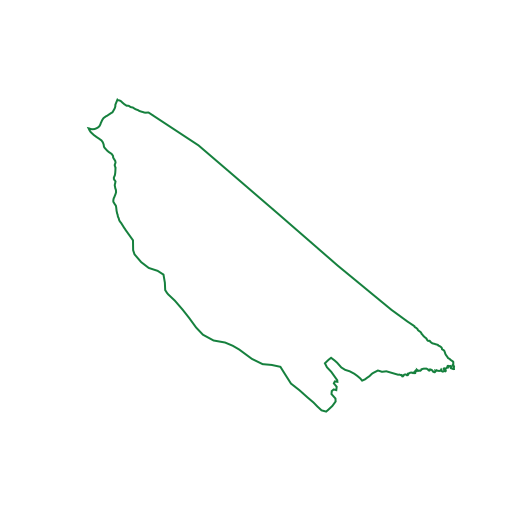 outline of Des Barras/Cacolie, Dauphin, Saint Lucia, rotated 54°
{"feature_id": "8701671B32853593869516", "entity_name": "Des Barras/Cacolie", "entity_type": "district", "adm_level": 2, "iso_a3": "LCA", "parent_name": "Saint Lucia", "parent_adm1": "Dauphin", "projection": "mercator", "projection_center": [-60.901, 14.018], "detail": "fine", "context": "isolated", "style": "outline", "palette": "green", "viewbox_px": 512, "rotation_deg": 54, "n_neighbors": 0, "source": "geoboundaries", "source_scale": "gbopen_adm2", "svg_char_len": 5981}
<svg xmlns="http://www.w3.org/2000/svg" viewBox="0 0 512 512"><g transform="rotate(54 256 256)"><path d="M54.3,316.4L56.5,316.8L58.4,316.9L59.8,316.7L61.7,316.3L62.4,316.2L63.8,315.8L64.8,315.4L65.4,315.3L68.1,314.3L69.4,313.8L70.6,313.5L70.8,313.4L71.5,313.1L72.5,313.1L73.9,313.1L75.1,313.4L76.4,313.8L77.3,314.3L77.9,314.6L78.5,314.8L79.1,314.9L80.3,314.8L82.2,314.6L83.2,314.5L83.6,314.4L85.3,314.0L87.4,313.2L88.6,312.8L89.6,312.8L90.5,312.8L91.1,312.9L91.5,313.1L92.0,313.5L92.6,313.7L93.3,313.8L94.0,313.9L94.6,313.8L95.5,314.0L96.3,314.0L96.7,314.2L97.2,314.4L97.5,314.5L97.9,314.8L98.2,315.2L98.6,315.8L99.3,316.8L100.0,317.2L100.3,317.2L100.9,317.4L101.5,317.7L102.2,317.8L102.8,318.5L103.3,318.8L104.3,319.6L105.4,320.5L106.2,321.2L107.0,322.0L107.5,322.5L107.9,323.0L108.0,323.2L109.0,324.9L109.8,325.4L110.1,325.7L110.5,325.7L111.5,325.9L111.9,325.8L112.7,325.8L113.2,325.9L113.8,326.6L114.5,327.3L114.7,327.6L115.3,328.3L115.9,328.8L116.8,329.2L118.9,330.2L119.3,330.2L119.8,330.4L120.4,330.6L121.4,331.3L122.0,331.6L122.3,331.9L123.2,333.1L123.3,333.2L124.3,334.8L125.2,336.2L125.7,337.2L126.5,338.1L127.2,338.8L127.8,339.2L128.2,339.5L128.7,339.6L130.2,339.7L131.0,339.8L132.1,339.8L132.9,339.8L134.0,340.3L134.6,340.6L137.6,342.3L139.0,342.9L140.1,343.4L141.3,343.7L142.2,344.2L143.1,344.6L144.8,344.9L146.0,345.4L147.0,345.7L148.3,345.8L150.2,345.7L151.4,345.8L152.9,345.9L154.5,346.0L155.1,346.1L156.0,346.1L157.3,346.1L157.9,346.2L171.0,346.3L179.1,352.0L183.2,353.3L183.4,353.3L193.5,352.5L202.6,349.8L210.2,344.3L216.7,341.8L224.0,345.4L230.2,349.5L233.4,349.7L235.4,349.6L244.5,347.9L256.5,346.9L267.0,346.5L278.4,346.5L280.2,346.3L288.5,345.2L299.4,340.0L307.8,331.9L314.9,327.6L321.7,324.6L336.8,319.8L347.4,314.2L353.3,307.4L360.0,301.4L368.6,302.0L379.8,302.7L389.9,299.8L400.5,297.5L408.3,295.6L413.9,294.8L419.4,293.7L423.1,290.7L422.9,288.0L422.2,282.4L420.5,277.1L418.0,275.5L412.1,276.1L409.8,274.1L409.6,271.6L411.7,269.9L409.2,267.6L404.8,267.9L403.8,265.9L405.6,264.1L404.3,263.3L394.0,263.2L387.7,264.0L383.3,263.3L382.6,258.2L382.5,255.1L386.8,253.8L390.0,253.1L396.3,252.5L400.5,250.8L404.3,248.0L409.0,245.7L412.7,244.5L416.4,243.6L419.2,243.4L419.9,240.2L419.8,238.2L419.9,234.9L419.4,231.4L419.5,229.8L420.3,224.7L422.4,223.1L423.7,222.2L424.9,220.1L425.9,218.3L426.3,218.0L435.6,210.8L436.3,209.6L437.2,209.1L437.7,208.7L437.7,208.3L438.0,208.1L438.4,208.4L438.6,208.4L439.4,208.4L439.7,207.9L439.6,207.2L439.4,206.8L439.2,206.4L439.2,205.7L439.5,205.1L439.9,204.4L440.6,204.1L441.2,204.0L441.6,203.3L441.5,202.8L440.9,202.5L440.5,202.2L440.5,201.9L441.0,201.2L441.0,200.0L441.2,199.6L441.6,198.8L441.8,198.6L442.5,198.3L442.5,197.9L442.7,197.5L443.1,197.3L443.5,197.2L443.8,196.9L443.9,196.5L444.3,196.0L444.2,195.8L443.0,195.8L443.0,195.2L442.7,194.9L442.8,194.5L442.6,194.2L443.2,194.0L443.7,193.6L443.6,192.9L443.0,192.6L443.4,192.5L444.0,192.3L444.4,192.1L444.5,191.4L445.3,190.8L445.4,190.5L445.4,189.9L445.3,189.2L444.9,188.7L445.5,187.1L445.9,186.2L446.6,185.4L447.0,184.6L447.5,184.2L448.4,183.8L449.0,183.6L449.8,183.6L450.5,183.3L450.7,183.0L450.6,182.4L449.9,182.3L450.0,181.9L450.4,181.5L451.2,181.0L451.9,180.7L452.9,180.7L453.4,180.8L453.5,180.7L453.8,180.4L454.1,180.4L454.5,180.3L454.9,180.0L455.1,179.7L455.0,179.0L454.6,178.4L454.1,178.2L454.6,177.8L454.9,177.4L454.7,177.0L455.3,176.7L456.0,176.1L456.9,175.0L457.1,174.6L457.0,173.5L456.7,172.9L456.9,172.9L457.2,173.0L457.3,173.3L457.6,173.5L458.1,173.5L458.6,173.3L459.4,172.8L459.5,171.6L459.6,171.4L460.6,170.6L460.5,170.0L460.2,169.8L459.8,169.8L459.2,170.0L458.8,170.3L457.9,170.5L457.5,170.4L457.4,170.1L457.6,169.6L458.5,169.3L458.7,168.0L458.4,167.3L458.5,166.9L459.1,166.4L458.9,166.0L458.7,166.0L457.9,165.9L457.6,165.5L458.0,164.9L459.0,164.2L459.1,163.5L459.6,163.2L460.1,162.9L460.3,162.6L460.8,163.5L460.9,164.2L461.2,164.3L461.5,164.1L463.5,162.8L463.8,162.3L462.4,161.4L462.1,160.9L461.4,160.6L460.7,160.8L460.1,161.1L459.7,160.8L459.5,159.9L458.4,159.3L457.8,158.7L457.0,158.7L454.3,159.7L453.2,159.8L451.5,160.6L450.0,160.5L447.5,160.5L446.9,160.4L446.2,160.3L445.3,159.9L444.0,159.6L443.3,159.4L442.9,159.5L442.3,159.6L442.1,159.7L441.6,160.0L440.8,160.3L440.0,159.9L439.2,159.7L437.8,160.0L436.7,160.5L435.7,161.1L435.3,161.2L434.8,161.1L434.3,161.5L433.9,161.8L433.3,162.3L432.5,162.9L432.0,163.2L431.0,164.1L430.6,164.4L430.2,164.7L429.9,164.8L428.8,165.1L428.3,165.4L427.5,165.3L427.0,165.3L426.6,165.4L426.4,165.7L426.2,166.2L425.8,166.6L425.5,166.8L424.8,166.9L423.8,166.8L423.4,166.8L423.1,166.6L422.5,166.7L421.9,166.9L421.3,167.1L420.5,167.3L420.0,167.4L419.3,167.5L419.1,167.5L418.6,167.6L417.6,167.6L417.1,167.6L416.4,167.8L416.1,167.8L415.9,167.7L415.2,167.5L414.1,167.6L413.8,167.7L413.0,168.0L411.7,168.4L411.3,168.5L410.9,168.5L410.0,168.3L409.5,168.4L408.5,168.6L408.0,168.8L407.2,169.2L406.5,169.3L406.3,169.3L405.9,169.1L398.0,172.0L379.1,178.1L311.6,195.6L236.1,213.0L175.5,227.3L132.7,237.5L76.8,258.6L76.4,259.1L75.8,260.1L75.4,260.7L75.1,261.2L74.7,261.6L74.3,262.0L73.8,262.4L73.3,262.7L72.3,263.5L71.7,264.0L71.2,264.3L70.7,264.7L70.2,265.1L69.7,265.3L69.1,265.5L68.5,265.8L67.5,266.5L66.4,267.2L65.3,267.7L64.2,268.1L63.6,268.3L63.1,268.7L62.7,269.1L62.3,269.5L61.8,269.9L61.3,270.1L60.7,270.3L60.1,270.5L59.5,270.9L59.0,271.4L58.7,271.9L58.3,272.4L57.1,272.8L55.9,273.3L54.6,273.6L53.5,273.9L52.9,274.0L51.6,274.2L51.1,274.4L50.6,274.6L50.0,275.0L49.6,275.3L48.5,276.4L48.2,276.4L50.1,279.5L50.8,280.6L50.9,280.8L51.2,281.0L51.6,281.4L52.1,281.7L52.5,282.2L53.1,282.9L53.5,283.6L53.8,284.1L55.4,287.7L55.4,287.9L55.3,288.4L55.2,289.2L55.0,294.3L54.8,295.2L54.8,297.5L54.8,297.8L54.8,298.1L54.9,298.6L55.3,299.7L55.4,300.0L56.1,301.4L56.7,302.4L57.2,303.4L57.9,304.3L58.5,305.4L58.8,306.1L59.0,306.8L59.1,307.9L59.1,308.5L59.1,308.8L58.8,310.5L58.5,311.6L58.3,312.2L58.1,312.5L57.8,313.0L57.3,313.8L57.2,314.0L56.4,314.8L55.9,315.2L55.7,315.4L55.0,315.8L54.3,316.4Z" fill="none" stroke="#15803d" stroke-width="2"/></g></svg>